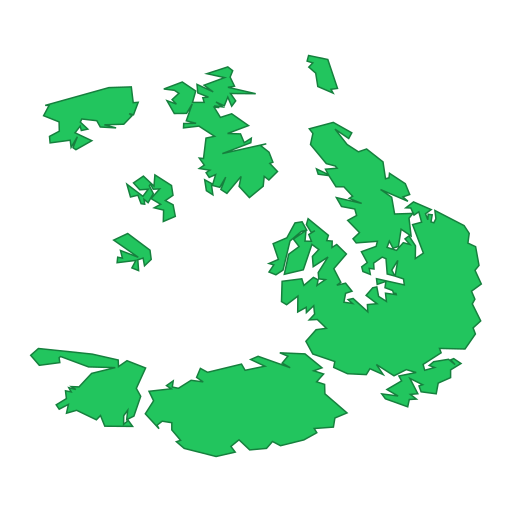 outline of Austevoll nor, Norway
{"feature_id": "86288312B29393912466053", "entity_name": "Austevoll nor", "entity_type": "district", "adm_level": 2, "iso_a3": "NOR", "parent_name": "Norway", "parent_adm1": "", "projection": "natural_earth1", "projection_center": [5.173, 60.063], "detail": "fine", "context": "isolated", "style": "filled", "palette": "green", "viewbox_px": 512, "rotation_deg": 0, "n_neighbors": 0, "source": "geoboundaries", "source_scale": "gbopen_adm2", "svg_char_len": 6060}
<svg xmlns="http://www.w3.org/2000/svg" viewBox="0 0 512 512"><path d="M333.3,122.4L309.3,128.8L312.9,133.4L310.5,144.5L326.3,163.6L335.3,166.0L337.1,168.2L325.5,169.2L328.4,174.6L316.5,168.9L318.2,174.2L328.9,175.6L336.0,186.8L343.9,186.8L352.6,196.2L349.2,198.4L361.7,203.4L336.4,197.6L341.5,206.5L354.8,209.0L356.6,215.5L347.7,220.4L359.5,232.6L353.0,238.8L356.2,242.9L377.4,241.3L376.1,246.4L361.4,251.7L367.3,262.6L361.7,266.8L362.9,271.5L370.3,274.4L369.2,268.4L374.0,269.0L373.6,263.1L382.2,257.1L386.0,258.7L387.2,274.0L394.8,276.0L391.8,270.1L397.8,260.4L395.1,276.1L403.5,278.9L404.3,284.9L376.5,278.7L377.2,284.4L385.9,281.4L385.0,287.7L392.6,290.5L393.5,293.1L396.0,293.5L396.3,294.7L385.5,293.2L386.4,301.4L378.6,296.4L376.8,286.9L372.7,287.8L366.1,295.4L377.0,303.7L367.4,304.6L367.8,311.8L353.1,298.5L348.1,299.6L352.5,303.5L343.9,302.2L345.6,293.3L352.0,291.2L345.6,283.2L336.8,285.2L340.8,282.3L333.8,268.7L346.4,254.0L336.7,244.5L332.0,247.5L332.2,241.1L326.7,240.6L328.4,235.3L308.1,218.7L306.4,224.6L311.4,232.6L314.9,230.7L308.8,234.5L311.4,241.3L305.0,241.1L306.0,230.4L293.4,239.1L299.1,246.6L288.7,254.2L284.3,274.3L303.3,269.8L311.9,244.4L318.8,249.5L312.4,256.4L313.2,266.7L328.0,257.0L318.2,272.6L318.8,278.9L325.4,279.6L317.0,285.4L318.1,279.8L313.4,277.4L303.9,285.4L301.8,278.8L282.1,281.3L281.5,301.6L286.6,304.7L297.9,296.1L297.7,312.0L306.2,307.3L306.4,312.6L313.7,305.7L314.6,314.1L309.2,319.9L317.3,319.5L326.4,328.3L316.1,329.7L305.9,341.3L312.8,354.0L334.8,361.5L333.7,367.4L347.5,373.7L366.3,374.6L369.9,368.7L383.2,374.6L376.4,364.5L394.0,375.8L406.3,369.6L416.2,372.5L398.9,376.0L401.6,380.9L386.9,389.5L398.1,396.0L381.8,393.9L385.4,398.8L407.7,406.8L409.3,399.5L416.4,399.1L410.4,394.4L417.8,393.7L409.9,378.4L422.6,384.7L419.0,385.9L421.1,391.8L436.2,393.8L438.2,383.1L450.6,377.6L450.6,369.9L461.0,363.5L453.7,358.6L450.8,359.8L455.1,364.6L448.5,359.3L433.7,361.7L429.2,365.5L434.6,367.5L424.7,370.3L423.1,364.4L441.1,352.8L439.5,348.4L465.0,349.0L475.4,334.0L473.1,327.9L480.7,320.9L472.3,303.9L474.9,299.2L471.5,291.2L481.3,284.0L475.0,270.3L479.0,265.4L475.6,246.7L467.9,243.1L469.2,233.4L464.1,225.6L434.9,210.5L435.9,218.7L433.9,222.8L431.0,221.9L432.2,214.8L428.2,214.3L427.8,219.8L425.5,213.7L431.2,209.6L413.5,201.9L405.9,207.8L410.8,208.0L414.0,215.1L418.8,211.8L421.6,222.2L412.6,224.6L423.4,253.1L415.3,258.6L415.5,245.9L409.0,235.9L405.0,238.9L409.9,244.5L403.3,242.7L396.5,250.4L387.0,247.4L389.3,241.1L393.0,248.2L398.4,246.5L401.1,229.2L411.1,236.0L409.0,218.2L412.9,213.4L394.6,214.0L391.7,197.3L380.5,189.5L407.9,201.3L402.9,196.9L409.7,194.5L405.3,183.7L389.5,173.3L389.0,177.8L385.5,178.8L383.0,161.9L366.6,149.0L358.4,151.8L347.1,144.5L335.0,129.1L348.7,138.5L351.8,132.8L333.3,122.4ZM305.0,353.9L279.8,352.8L287.9,356.2L282.2,363.1L290.2,367.7L258.1,356.3L250.7,359.5L264.9,366.2L245.1,370.3L241.5,364.1L207.6,372.3L200.4,368.4L196.6,377.4L203.2,381.9L191.1,380.3L178.4,388.3L172.3,387.0L173.2,380.9L166.5,385.6L171.2,388.8L149.0,391.3L153.6,400.8L145.3,413.8L159.0,428.7L157.0,425.2L162.2,421.2L171.8,422.7L171.8,429.9L180.6,440.3L176.4,441.7L184.2,448.4L216.1,456.5L235.2,452.1L230.9,446.4L239.0,439.8L249.7,449.9L266.5,448.4L272.5,441.5L280.5,445.7L303.9,439.9L316.8,432.7L314.2,428.5L333.4,427.1L334.9,418.0L347.0,412.9L324.9,393.8L324.6,384.4L316.6,381.8L323.6,374.0L313.7,370.8L322.0,367.8L305.0,353.9ZM227.8,66.9L206.9,73.7L224.6,77.6L204.1,85.2L213.2,91.9L197.0,84.4L197.8,92.9L208.5,97.1L202.8,97.7L204.2,102.4L192.5,102.4L195.7,91.0L182.3,82.0L163.8,89.0L174.4,90.3L178.9,93.3L172.1,99.6L176.4,104.1L167.0,100.7L174.3,113.5L186.6,113.4L192.2,103.9L186.3,120.8L196.1,123.3L183.7,123.5L183.5,127.9L198.9,126.1L214.6,136.3L206.0,138.1L203.5,158.5L199.3,158.1L204.3,165.1L199.3,168.5L209.8,170.2L206.1,172.7L209.2,177.4L215.6,174.6L212.8,184.2L204.7,179.8L206.4,190.7L212.9,194.8L211.5,185.2L219.8,187.3L225.7,177.1L220.9,189.5L226.9,193.4L241.1,176.4L239.1,186.4L249.4,197.6L263.2,186.2L264.2,176.4L268.9,180.0L277.5,171.5L269.8,163.4L272.9,162.2L269.0,152.2L260.4,145.4L266.3,143.8L222.3,153.6L250.8,142.7L251.3,138.2L244.2,142.7L240.5,133.9L227.5,133.5L248.5,125.6L231.7,113.8L220.4,117.4L214.1,107.2L219.3,107.6L214.1,105.9L222.6,106.9L216.0,102.0L224.3,105.8L227.8,97.1L231.7,106.2L235.7,100.9L230.5,93.5L255.7,93.7L227.9,87.3L234.5,86.2L230.1,77.1L232.7,70.7L227.8,66.9ZM38.4,348.5L30.7,355.3L39.3,365.3L59.8,362.6L59.1,357.7L60.6,356.5L88.5,366.9L115.3,367.6L91.6,373.4L79.0,386.9L71.5,386.6L75.8,389.5L68.8,387.7L71.2,391.9L65.5,390.8L66.4,398.6L56.2,404.8L59.2,409.2L68.4,404.4L66.5,413.2L76.6,410.3L96.4,419.8L100.5,415.5L104.8,426.2L132.6,426.4L128.3,420.5L123.6,424.3L123.7,415.7L127.7,410.2L126.7,419.7L133.9,416.1L140.7,396.3L136.3,388.4L145.6,368.0L127.0,360.7L118.5,366.6L118.2,360.0L92.2,354.1L38.4,348.5ZM108.9,87.6L45.2,105.4L49.1,105.4L43.6,115.7L59.1,121.9L59.3,131.2L49.5,136.4L50.1,142.9L70.2,140.2L71.1,147.3L77.4,136.7L73.0,147.7L75.9,149.7L91.8,140.7L75.0,132.8L80.2,126.1L81.3,130.5L87.8,129.1L80.3,122.1L81.8,119.0L96.8,120.7L100.3,127.0L116.1,127.9L104.3,124.8L123.8,124.2L131.9,115.8L129.2,113.6L133.5,114.8L138.2,102.3L133.2,102.7L131.3,86.9L108.9,87.6ZM143.4,176.1L133.5,182.9L139.8,189.8L148.2,189.2L142.9,196.3L126.9,184.2L130.5,197.0L137.9,195.2L141.1,203.7L144.7,204.2L144.0,199.3L148.1,202.7L153.3,193.6L149.3,185.8L150.5,184.2L153.3,189.2L159.7,188.9L151.1,198.6L160.7,204.3L154.2,207.8L163.6,210.1L163.3,221.5L175.3,216.4L173.1,204.8L165.3,200.6L173.0,195.3L171.5,185.5L154.9,174.9L154.0,186.1L143.4,176.1ZM150.0,250.2L127.7,233.5L113.7,240.1L138.3,257.3L120.5,250.5L122.4,258.1L117.7,257.2L117.1,262.7L135.9,260.4L131.9,267.9L138.6,270.6L137.8,259.8L143.1,258.1L144.5,265.8L151.2,259.4L150.0,250.2ZM327.8,59.5L308.6,55.5L307.1,61.1L312.8,62.9L308.8,67.1L315.7,73.1L317.8,86.5L333.1,93.1L331.0,89.3L337.5,88.4L327.8,59.5ZM302.1,221.8L295.0,222.9L286.9,237.8L273.1,243.7L278.4,259.4L269.0,263.5L273.8,264.9L269.0,272.0L275.9,274.8L283.0,270.1L290.0,241.0L301.3,231.4L306.7,230.1L302.1,221.8Z" fill="#22c55e" stroke="#15803d" stroke-width="1.5"/></svg>